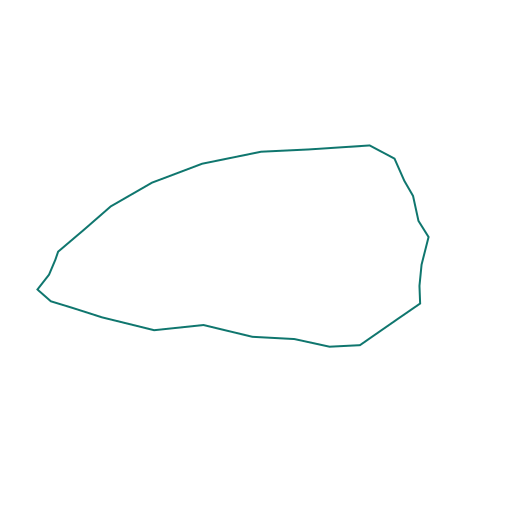 the district of Hofors, Gävleborg, Sweden, rotated 308°
{"feature_id": "70781695B62100483486123", "entity_name": "Hofors", "entity_type": "district", "adm_level": 2, "iso_a3": "SWE", "parent_name": "Sweden", "parent_adm1": "Gävleborg", "projection": "mercator", "projection_center": [16.413, 60.511], "detail": "fine", "context": "isolated", "style": "outline", "palette": "teal", "viewbox_px": 512, "rotation_deg": 308, "n_neighbors": 0, "source": "geoboundaries", "source_scale": "gbopen_adm2", "svg_char_len": 546}
<svg xmlns="http://www.w3.org/2000/svg" viewBox="0 0 512 512"><g transform="rotate(308 256 256)"><path d="M319.6,414.6L333.1,403.2L351.1,391.8L377.2,380.3L383.7,362.4L400.0,342.8L406.6,326.5L418.0,305.2L413.1,277.5L372.3,231.8L341.3,195.8L295.5,156.7L249.8,128.9L205.7,111.0L171.5,104.4L137.6,97.4L129.5,100.2L113.9,104.4L95.1,104.4L94.9,106.5L94.0,122.2L102.4,144.1L112.8,172.3L134.8,221.4L169.2,257.0L190.1,302.9L214.2,337.4L229.8,369.8L245.9,388.4L249.7,392.8L293.9,406.5L319.6,414.6Z" fill="none" stroke="#0f766e" stroke-width="2"/></g></svg>